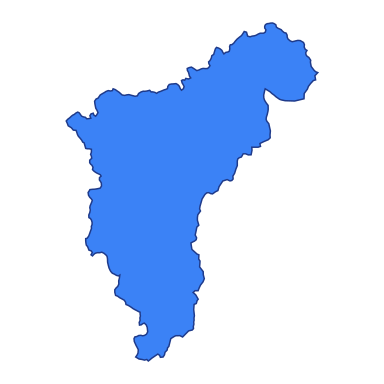 outline of Aimorés, Minas Gerais, Brazil
{"feature_id": "56859067B19214757197115", "entity_name": "Aimorés", "entity_type": "district", "adm_level": 2, "iso_a3": "BRA", "parent_name": "Brazil", "parent_adm1": "Minas Gerais", "projection": "robinson", "projection_center": [-41.221, -19.66], "detail": "fine", "context": "isolated", "style": "filled", "palette": "blue", "viewbox_px": 384, "rotation_deg": 0, "n_neighbors": 0, "source": "geoboundaries", "source_scale": "gbopen_adm2", "svg_char_len": 5568}
<svg xmlns="http://www.w3.org/2000/svg" viewBox="0 0 384 384"><path d="M307.0,50.4L305.3,49.4L304.2,47.1L304.4,44.6L303.5,42.5L302.0,41.6L300.3,40.6L297.9,40.4L295.6,40.9L294.1,41.3L292.2,41.7L290.2,40.9L288.0,39.0L287.2,37.1L287.1,35.1L286.1,33.1L284.0,32.5L282.2,30.9L281.2,29.7L279.5,28.9L277.9,28.2L276.4,27.1L275.8,24.7L273.9,23.5L272.5,23.0L270.6,23.1L268.9,23.5L267.1,23.7L265.5,24.6L264.7,26.2L264.7,28.0L265.9,29.8L265.3,32.1L263.6,33.2L261.9,33.2L260.2,33.2L258.1,34.1L256.2,35.2L254.4,35.8L252.2,36.1L250.0,36.8L247.6,36.1L247.1,34.2L246.5,32.2L244.2,31.5L242.9,33.6L241.5,35.6L239.4,37.2L237.1,39.1L235.3,41.1L233.9,43.0L232.0,44.6L230.3,44.8L229.6,46.4L229.8,48.8L229.3,51.2L227.9,52.0L225.7,52.4L223.9,53.9L222.8,52.3L221.9,50.4L220.3,49.0L218.7,48.1L216.5,47.4L215.4,48.8L214.8,50.6L214.3,52.3L213.7,54.4L211.8,55.7L211.3,58.1L210.0,60.6L208.6,61.9L208.9,63.7L210.0,65.7L208.9,67.3L207.5,68.5L205.3,68.6L203.1,68.4L201.2,68.9L198.9,70.0L196.8,70.6L194.9,69.3L193.1,68.1L191.4,67.1L189.2,67.6L187.2,68.5L187.4,70.5L188.4,72.1L189.0,74.1L189.4,76.0L190.7,77.9L188.5,79.0L185.8,78.4L184.7,80.2L183.0,79.8L181.5,80.5L182.1,82.9L183.2,84.7L184.1,86.6L183.4,88.7L181.5,90.2L180.3,88.7L179.3,86.2L177.8,84.6L176.0,83.6L173.4,83.9L171.3,84.0L169.2,84.5L167.8,86.4L167.5,88.6L165.8,89.4L164.3,89.8L162.4,90.6L160.5,91.4L158.4,92.1L156.6,93.3L154.9,92.4L152.9,91.9L151.1,91.9L149.7,90.3L147.0,91.0L144.8,91.3L143.2,91.2L140.9,92.0L138.6,93.5L137.4,95.8L135.1,96.3L133.4,95.8L131.4,95.3L128.9,94.6L126.6,94.9L124.7,95.4L122.2,95.0L120.7,93.7L119.3,92.4L117.4,91.1L115.3,89.6L113.1,88.8L112.4,90.6L110.4,91.0L108.2,90.6L105.9,91.5L104.6,92.4L103.0,93.3L101.6,94.1L100.2,95.0L99.2,96.5L98.0,98.2L96.1,99.0L94.6,101.2L94.9,103.8L95.4,106.4L95.8,108.3L96.9,110.1L98.0,112.6L96.7,114.9L95.6,116.2L93.9,115.1L93.2,113.2L91.0,113.9L89.9,115.7L90.8,118.2L88.9,118.6L86.8,118.8L85.4,117.3L83.4,116.9L81.5,116.1L80.3,114.3L79.2,112.8L77.7,112.1L75.8,113.1L74.3,114.4L72.8,115.1L71.5,116.1L69.7,117.8L67.7,119.3L66.2,121.0L67.2,123.1L68.2,125.8L70.0,126.9L71.4,127.8L73.3,130.1L76.1,130.4L76.8,132.4L77.5,134.6L78.4,136.3L80.1,138.2L81.7,140.2L82.7,142.1L84.1,142.8L84.9,145.6L85.7,148.4L87.4,148.8L89.3,148.8L91.4,149.3L91.4,152.2L90.6,154.4L91.4,156.1L91.7,158.3L89.7,160.2L89.7,162.7L90.7,164.2L91.9,165.2L93.0,167.3L92.5,169.6L93.8,171.0L95.4,172.2L97.1,173.2L98.6,173.9L100.3,174.7L101.1,176.1L99.5,177.6L99.4,179.9L100.4,181.4L101.3,182.9L101.5,186.0L100.1,188.2L98.5,188.5L96.6,188.9L94.6,189.2L92.5,189.3L89.9,189.6L89.0,191.2L88.1,192.5L88.5,195.2L89.7,197.2L91.3,198.9L92.3,200.3L91.7,202.1L90.9,204.0L90.1,205.9L89.8,207.7L90.3,210.0L89.8,212.5L88.8,215.0L88.9,217.6L90.4,218.5L91.4,220.0L92.1,222.3L92.1,224.4L91.3,226.5L91.5,228.4L90.6,230.8L89.8,233.1L88.8,235.9L87.2,238.2L85.7,238.6L85.7,240.8L85.9,242.8L86.3,245.1L87.5,246.5L88.2,248.1L88.9,250.1L91.2,250.9L92.3,252.5L91.0,254.8L92.5,255.9L93.8,254.4L95.2,253.3L97.2,252.7L99.8,252.7L101.8,252.2L104.0,253.3L106.0,255.0L107.1,256.4L107.5,258.9L107.6,262.2L108.2,264.9L109.0,267.9L110.0,270.1L110.8,271.5L112.3,273.2L114.5,274.2L116.5,275.4L118.5,275.9L119.8,275.1L119.4,278.1L118.7,280.9L118.8,284.1L117.7,286.5L116.3,287.7L114.8,289.7L114.8,292.3L115.6,295.4L117.7,296.2L119.5,297.6L121.7,298.8L124.1,300.1L125.5,302.0L126.0,304.5L127.8,305.2L129.3,306.0L131.3,307.3L133.2,308.7L135.0,309.7L136.8,310.6L138.6,311.6L140.1,312.2L140.1,314.0L140.4,316.0L139.9,317.9L140.1,320.4L139.2,322.4L139.5,325.1L141.3,324.8L142.7,323.7L144.3,323.1L146.2,324.9L147.2,327.3L147.5,330.0L147.7,331.8L146.5,334.2L144.5,335.4L142.7,335.8L140.9,335.3L138.7,335.5L136.9,336.5L134.9,336.9L134.0,338.6L134.3,341.5L135.1,343.3L136.1,345.5L137.2,347.5L138.3,349.7L138.0,353.1L137.1,355.0L135.7,357.0L139.0,359.0L142.2,359.5L144.5,360.1L146.8,359.5L148.3,361.0L149.9,359.8L151.9,358.1L157.8,354.1L159.6,355.3L160.4,357.3L163.1,357.0L164.5,354.8L165.0,352.3L167.1,350.1L167.6,347.7L168.8,346.5L170.8,338.6L174.0,336.6L175.8,335.7L178.1,335.7L179.8,335.6L182.6,337.0L188.6,330.9L192.3,330.0L193.5,328.6L193.3,326.6L193.9,324.1L193.7,322.0L194.1,320.2L194.0,317.9L194.4,315.8L193.7,309.5L194.1,304.4L196.3,303.5L197.1,300.6L198.2,299.2L195.7,294.8L193.1,292.5L195.0,290.7L198.1,290.7L199.2,287.9L200.5,285.1L203.0,281.9L204.3,278.7L203.3,274.8L203.2,271.6L199.6,266.9L199.9,263.2L200.0,261.0L198.7,259.1L198.9,254.8L197.1,254.1L191.9,249.4L190.9,243.0L192.8,241.9L194.5,241.1L196.2,239.7L196.6,237.8L195.2,235.0L196.2,230.4L196.8,227.2L198.8,225.2L197.4,220.3L197.4,217.6L197.8,214.8L200.5,211.0L199.6,209.0L200.0,206.3L202.1,199.0L204.9,194.5L206.8,192.8L209.0,192.7L210.6,193.6L212.5,193.9L215.6,191.7L217.9,190.6L219.1,186.6L222.8,181.0L227.1,179.6L230.0,180.9L231.8,180.5L233.1,179.0L232.9,176.1L234.6,173.3L235.9,169.1L237.3,165.6L237.3,161.0L237.8,158.9L239.3,157.7L241.4,157.0L243.2,153.8L245.6,153.8L248.3,154.9L251.1,154.8L251.5,152.8L252.0,150.3L251.8,147.2L258.1,147.2L260.5,146.4L259.9,143.5L263.8,141.6L268.3,139.7L270.2,137.8L270.0,135.0L270.4,130.9L269.6,127.4L268.8,123.7L266.8,121.2L266.1,119.3L266.4,117.0L267.2,114.6L268.0,111.0L268.2,109.2L268.1,105.4L266.2,102.9L264.6,100.3L263.8,97.9L263.7,95.1L264.6,90.9L265.2,88.8L270.1,91.8L271.9,93.5L274.1,95.1L276.1,96.9L279.6,99.3L281.3,99.9L285.1,100.7L288.2,100.8L291.7,100.9L294.7,101.0L304.0,98.8L304.2,93.5L307.4,89.1L308.4,86.4L310.6,83.5L313.4,80.5L315.6,79.9L314.9,75.7L317.8,72.6L315.6,71.7L314.0,70.2L311.2,66.5L310.7,63.9L310.4,62.0L310.7,60.3L308.9,57.5L306.9,56.1L306.0,54.7L305.7,52.7L307.0,50.4Z" fill="#3b82f6" stroke="#1e3a8a" stroke-width="1.5"/></svg>